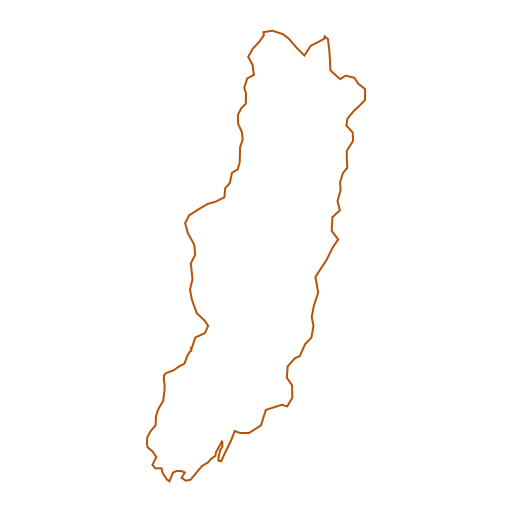 outline of Agios Amvrosios Lemesou, Limassol, Cyprus
{"feature_id": "46923920B87326554948109", "entity_name": "Agios Amvrosios Lemesou", "entity_type": "district", "adm_level": 2, "iso_a3": "CYP", "parent_name": "Cyprus", "parent_adm1": "Limassol", "projection": "natural_earth1", "projection_center": [32.814, 34.754], "detail": "fine", "context": "isolated", "style": "outline", "palette": "amber", "viewbox_px": 512, "rotation_deg": 0, "n_neighbors": 0, "source": "geoboundaries", "source_scale": "gbopen_adm2", "svg_char_len": 1935}
<svg xmlns="http://www.w3.org/2000/svg" viewBox="0 0 512 512"><path d="M191.0,348.6L191.4,350.8L189.7,351.8L187.4,355.6L184.4,363.7L178.6,366.7L173.9,370.1L166.0,373.2L163.9,375.5L163.9,380.6L164.6,384.4L164.6,389.8L163.8,395.7L163.2,400.9L159.2,407.5L157.7,410.7L156.0,416.1L155.6,425.3L150.8,430.9L147.3,437.3L146.9,443.6L147.6,447.3L152.5,451.4L156.4,457.1L152.4,464.8L155.2,468.3L161.5,468.3L162.5,472.8L166.9,479.5L169.5,481.3L173.0,472.5L176.6,471.0L181.2,471.0L184.9,472.5L181.6,477.8L185.8,480.7L190.5,479.8L202.0,466.0L208.5,462.1L210.6,459.2L215.3,455.9L216.1,451.9L221.9,441.5L222.4,442.3L222.3,447.1L220.4,449.5L218.6,456.6L218.4,460.4L221.2,461.3L223.7,455.6L230.7,441.3L234.8,431.0L240.0,433.0L249.0,433.0L261.0,425.4L265.8,409.9L281.7,404.8L287.2,406.4L292.3,397.9L292.1,385.3L286.8,377.7L287.7,366.3L294.9,358.2L299.8,356.1L305.2,344.0L311.4,337.6L313.5,325.9L311.7,317.1L313.8,306.0L318.2,292.5L315.4,277.0L326.8,259.5L332.6,247.6L338.2,239.5L331.7,231.0L332.4,217.2L339.9,210.3L337.5,201.1L340.6,190.2L340.1,182.3L342.9,173.1L347.3,167.8L346.8,158.3L346.8,150.8L353.1,140.8L352.7,132.5L346.4,125.6L347.5,118.5L354.5,110.2L359.2,106.1L365.0,100.0L365.1,89.1L358.4,83.9L354.3,77.7L345.6,75.7L340.1,79.1L330.4,70.4L330.0,59.9L329.1,48.4L327.9,39.1L324.7,36.5L324.3,38.7L318.4,41.9L310.8,45.7L304.4,55.5L297.3,48.5L289.0,38.9L283.1,34.2L272.3,30.7L263.4,32.2L263.9,35.1L259.2,41.9L252.7,48.7L248.2,56.9L252.5,64.7L253.9,74.9L247.2,78.5L244.2,87.7L246.0,93.5L245.8,103.7L241.3,108.2L237.9,114.8L238.1,123.8L241.9,132.2L242.7,139.6L240.1,147.2L239.9,154.6L239.7,162.4L237.7,169.4L232.0,172.8L229.9,182.9L225.2,188.3L224.4,197.3L215.5,201.7L207.7,203.9L198.8,209.1L189.2,215.3L185.1,223.1L188.0,233.5L194.3,244.8L195.1,255.0L190.8,263.4L192.5,279.4L190.0,289.4L191.7,298.8L192.5,301.4L196.7,313.1L204.9,320.9L208.1,325.9L204.9,333.1L195.3,337.5L191.5,348.9L191.0,348.6Z" fill="none" stroke="#b45309" stroke-width="2"/></svg>